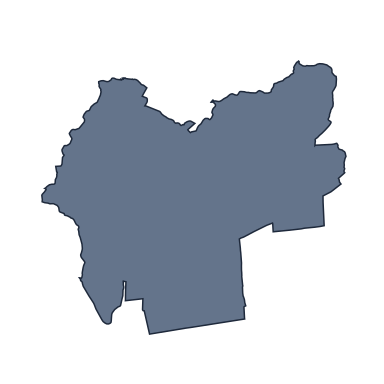 the district of Urlati, Prahova, Romania, rotated 9°
{"feature_id": "2599482B73103254807703", "entity_name": "Urlati", "entity_type": "district", "adm_level": 2, "iso_a3": "ROU", "parent_name": "Romania", "parent_adm1": "Prahova", "projection": "orthographic", "projection_center": [26.251, 44.997], "detail": "fine", "context": "isolated", "style": "filled", "palette": "slate", "viewbox_px": 384, "rotation_deg": 9, "n_neighbors": 0, "source": "geoboundaries", "source_scale": "gbopen_adm2", "svg_char_len": 5847}
<svg xmlns="http://www.w3.org/2000/svg" viewBox="0 0 384 384"><g transform="rotate(9 192 192)"><path d="M211.9,326.0L263.9,309.2L263.6,308.3L261.3,297.5L261.5,297.0L262.9,296.0L261.5,293.2L260.6,290.1L259.3,287.5L258.8,286.8L257.9,283.9L256.7,277.9L256.9,276.9L256.8,276.5L256.6,276.1L254.3,267.5L254.3,266.9L253.7,263.8L253.1,261.4L252.4,257.3L252.0,254.3L249.6,244.2L249.0,242.1L248.5,239.8L246.1,231.0L247.4,229.9L250.1,228.4L259.3,221.5L271.0,213.2L276.4,210.1L276.7,210.7L278.4,218.6L294.5,214.4L305.7,211.3L308.9,210.1L318.6,207.6L324.0,206.0L327.8,204.6L323.1,181.8L322.0,175.4L329.3,170.0L337.9,160.8L336.2,159.2L335.3,156.7L334.5,155.6L339.7,149.3L339.8,148.9L339.2,148.6L339.0,148.1L338.8,146.9L339.1,145.8L339.1,144.8L338.3,143.9L338.2,141.6L337.6,139.2L337.9,135.0L338.5,132.7L337.5,130.4L337.4,129.8L336.3,128.3L334.7,127.7L334.1,127.1L330.7,126.7L330.4,126.5L329.0,124.7L328.9,123.0L328.2,122.1L327.4,121.3L327.1,121.3L325.1,122.3L322.7,123.1L307.4,126.3L306.5,126.5L306.2,126.9L305.9,124.3L305.9,122.5L305.4,121.0L305.5,120.6L306.0,119.9L307.4,118.6L309.0,116.2L311.2,113.6L313.9,109.9L316.7,105.6L317.7,103.8L318.4,102.0L318.4,101.3L318.0,100.8L315.9,99.8L315.3,99.3L315.1,98.7L315.8,96.2L315.9,95.4L315.7,94.0L316.3,90.7L316.2,89.6L317.8,85.3L317.6,82.5L317.2,80.9L316.7,79.5L316.6,78.1L316.1,76.5L315.9,74.7L315.3,72.6L315.1,71.7L315.3,70.5L316.1,68.9L317.3,65.6L317.6,64.3L317.0,57.9L316.3,55.3L315.1,55.0L314.2,54.5L311.9,52.5L311.5,51.9L311.2,50.0L310.8,48.8L309.8,47.6L309.1,47.2L307.4,46.5L305.3,45.4L301.2,45.0L297.9,45.3L295.7,46.2L294.4,47.4L292.7,48.2L287.7,49.1L285.6,49.2L284.3,50.0L282.7,50.1L281.5,50.0L277.9,48.5L277.5,47.8L277.5,46.7L277.1,46.2L276.7,46.0L276.3,46.7L275.1,47.6L273.4,51.5L273.2,52.4L273.0,53.0L273.7,54.8L273.1,56.2L273.2,57.2L273.7,58.1L273.7,58.5L273.5,58.9L272.4,59.9L272.2,59.8L271.5,60.4L269.6,63.1L267.6,64.2L265.4,66.2L264.6,67.6L264.3,67.9L260.2,69.9L258.3,71.4L257.1,71.7L256.2,72.3L256.0,72.9L256.0,74.8L255.9,75.6L254.4,78.7L254.5,80.5L253.2,81.7L251.5,82.4L248.2,83.0L246.3,82.1L243.0,81.3L241.8,81.8L240.1,83.8L239.0,84.3L233.8,84.9L232.4,84.8L230.2,85.1L228.0,84.8L224.5,85.1L223.6,85.4L223.2,85.9L222.2,88.3L221.5,89.2L221.0,89.4L219.2,89.3L216.7,88.7L215.8,88.9L214.6,89.5L213.6,90.5L211.6,92.9L209.0,94.8L206.8,97.0L205.4,98.1L203.9,98.5L201.1,98.4L199.9,98.6L199.5,98.8L198.3,97.9L198.1,98.1L197.8,98.5L197.7,98.9L197.0,99.8L196.8,100.3L198.0,100.1L199.2,99.6L199.4,99.6L199.7,100.6L201.3,101.7L201.6,102.4L201.6,103.8L199.9,106.2L199.5,107.4L199.2,109.9L199.3,110.5L200.5,112.0L200.6,112.7L199.7,115.7L198.6,117.5L198.3,117.7L197.8,117.7L196.2,116.9L193.9,117.2L193.2,117.6L191.8,119.4L190.3,123.1L188.2,125.6L188.0,126.1L187.5,127.2L186.6,130.7L186.3,131.1L182.1,132.7L181.1,133.6L178.6,131.8L178.1,131.1L184.1,123.8L179.7,122.2L178.8,122.2L178.0,122.4L176.2,123.3L174.0,125.2L173.8,125.7L173.7,126.5L173.5,126.9L172.4,126.9L170.9,128.0L170.6,128.0L170.1,127.7L169.2,126.7L168.6,126.3L168.0,126.1L166.4,126.1L165.5,126.5L164.8,126.6L163.4,125.6L163.1,124.9L162.4,124.3L160.4,123.6L157.8,123.4L155.6,122.6L154.5,121.9L152.5,121.2L150.0,119.8L148.2,118.0L147.5,117.5L133.0,114.2L132.0,114.3L133.5,110.4L133.6,109.2L133.3,107.2L132.7,106.4L132.3,106.2L127.9,105.2L128.5,103.2L131.1,96.2L127.4,94.1L126.2,94.0L125.1,93.7L123.3,92.1L121.6,91.0L121.0,90.4L119.0,89.7L118.3,89.7L117.4,89.7L116.3,90.1L115.3,89.8L115.0,90.1L111.3,90.3L108.2,90.3L108.2,89.9L106.8,90.0L106.8,90.4L106.0,90.4L106.6,91.0L106.5,91.4L104.1,91.6L104.6,92.4L99.6,92.5L97.2,91.8L95.9,91.9L94.9,92.5L94.7,93.4L94.4,94.0L92.5,95.8L91.3,96.2L90.2,96.3L86.9,95.9L84.8,96.4L82.6,97.6L82.8,99.0L83.5,100.3L83.7,102.2L84.6,103.5L85.9,104.8L86.0,106.0L86.5,107.3L86.5,107.7L86.4,109.2L86.4,110.6L85.8,112.7L85.6,113.9L84.9,116.1L84.5,117.8L84.0,118.5L81.6,120.4L79.3,123.2L79.0,123.7L77.9,127.3L77.6,127.6L75.7,128.5L75.0,129.0L73.4,131.9L73.0,133.3L72.7,135.0L72.8,135.3L74.1,136.5L74.4,137.0L74.7,138.0L74.7,139.6L70.8,146.3L70.5,146.8L67.2,148.6L66.3,148.8L64.7,148.8L63.6,149.5L63.0,150.3L61.7,153.2L61.7,153.6L63.1,155.6L64.8,157.6L65.0,158.2L64.9,159.5L64.6,160.3L64.1,162.6L63.5,163.7L61.4,165.5L60.8,165.8L59.2,166.0L58.6,166.3L57.1,170.1L57.0,170.6L57.1,171.3L57.4,172.2L58.7,174.6L59.0,174.9L59.7,175.3L59.9,175.8L58.7,178.2L59.2,184.2L59.2,184.9L58.7,186.3L58.3,186.9L53.4,188.0L55.2,193.4L55.7,193.5L55.9,193.7L55.7,195.9L56.0,197.2L55.9,198.8L55.7,199.6L55.1,201.1L55.4,204.4L55.2,205.3L54.4,205.9L52.2,206.3L50.0,207.2L47.9,209.3L46.7,211.0L46.0,211.5L47.3,211.9L47.5,212.2L47.5,212.5L46.2,215.1L44.4,217.8L44.2,218.8L45.4,223.1L45.5,225.1L48.2,225.6L51.5,225.5L53.4,225.9L56.9,225.2L60.9,226.3L62.2,227.5L62.7,228.1L63.0,228.8L63.7,231.1L64.1,231.9L64.4,232.2L65.3,232.5L69.1,233.3L69.6,234.5L70.2,234.9L72.5,235.0L75.6,236.0L76.4,236.6L78.3,236.9L79.8,238.1L82.3,241.6L83.3,242.5L84.7,243.0L85.4,243.7L85.6,244.1L85.8,245.0L85.4,246.5L85.5,246.9L86.3,248.6L87.2,251.9L88.7,254.4L91.5,260.7L92.5,264.7L92.6,266.3L92.3,269.3L91.9,271.2L91.9,271.7L92.3,272.8L93.0,274.0L96.8,277.6L97.2,278.3L97.1,279.2L96.5,281.4L96.3,283.8L96.2,288.4L96.3,289.8L96.7,290.8L96.6,293.3L96.4,294.1L96.0,294.6L95.7,294.7L94.9,294.3L94.2,294.4L95.7,295.9L95.7,296.5L96.0,297.1L96.6,297.3L97.8,298.4L98.1,299.6L99.3,302.1L106.4,310.7L112.1,317.0L113.0,318.3L115.4,322.5L122.9,332.2L124.3,333.7L124.7,334.0L126.7,335.1L128.5,335.6L130.1,335.4L130.7,335.1L131.6,334.5L132.2,333.8L132.4,333.4L132.4,331.6L132.2,329.8L131.9,326.2L131.9,324.9L132.2,323.7L134.0,320.2L136.9,317.1L138.4,316.2L139.0,315.7L139.2,315.2L139.6,308.5L139.9,305.3L139.2,299.5L139.5,298.2L139.5,296.5L138.7,294.5L138.3,292.0L138.1,291.6L138.1,290.8L140.8,291.0L141.9,300.5L143.1,308.6L143.2,309.8L160.2,305.1L161.5,315.7L161.7,316.3L162.4,316.9L163.4,316.8L172.3,339.0L206.9,327.5L211.9,326.0Z" fill="#64748b" stroke="#1e293b" stroke-width="1.5"/></g></svg>